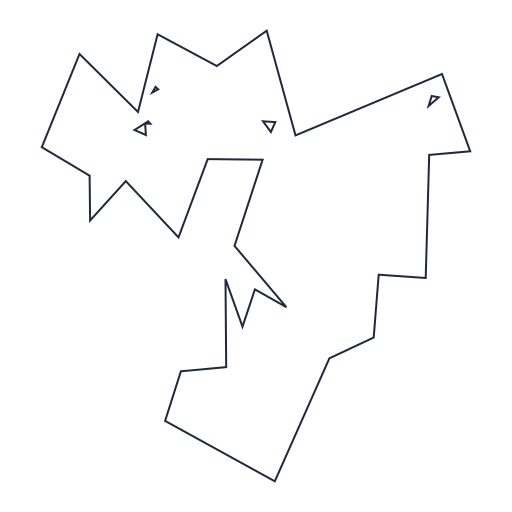 Oromiya, Equal Earth projection
{"feature_id": "ETH-3131", "entity_name": "Oromiya", "entity_type": "Administrative State", "adm_level": 1, "iso_a3": "ETH", "parent_name": "Ethiopia", "parent_adm1": "", "projection": "equal_earth", "projection_center": [38.367, 6.948], "detail": "coarse", "context": "isolated", "style": "outline", "palette": "slate", "viewbox_px": 512, "rotation_deg": 0, "n_neighbors": 0, "source": "natural_earth", "source_scale": "10m", "svg_char_len": 716}
<svg xmlns="http://www.w3.org/2000/svg" viewBox="0 0 512 512"><path d="M41.8,147.2L79.5,54.0L138.0,112.0L157.6,34.3L216.8,66.0L266.7,30.7L295.5,135.4L442.0,74.0L470.2,151.3L429.2,154.9L425.7,278.0L378.7,274.7L373.7,337.5L329.4,358.3L274.8,481.3L165.1,420.9L180.9,371.3L226.2,367.1L225.5,279.1L242.5,326.7L254.9,289.4L286.4,307.2L234.5,245.9L262.6,159.7L207.7,159.1L178.5,237.4L125.8,181.1L90.1,220.5L89.6,175.7L41.8,147.2ZM275.3,122.1L263.0,121.3L270.9,132.0L275.3,122.1ZM145.1,123.3L134.5,130.0L145.9,135.0L145.1,123.3ZM428.6,106.0L438.7,97.3L431.7,96.0L428.6,106.0ZM152.3,92.5L158.2,89.3L155.5,86.9L152.3,92.5ZM145.5,123.6L150.3,123.7L148.0,121.3L145.5,123.6Z" fill="none" stroke="#1e293b" stroke-width="2"/></svg>